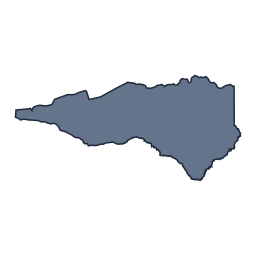 Riachão das Neves, Bahia, Brazil
{"feature_id": "56859067B88902373095284", "entity_name": "Riachão das Neves", "entity_type": "district", "adm_level": 2, "iso_a3": "BRA", "parent_name": "Brazil", "parent_adm1": "Bahia", "projection": "orthographic", "projection_center": [-45.234, -11.676], "detail": "fine", "context": "isolated", "style": "filled", "palette": "slate", "viewbox_px": 256, "rotation_deg": 0, "n_neighbors": 0, "source": "geoboundaries", "source_scale": "gbopen_adm2", "svg_char_len": 5906}
<svg xmlns="http://www.w3.org/2000/svg" viewBox="0 0 256 256"><path d="M20.2,119.9L20.9,120.0L21.6,119.6L22.5,119.4L24.3,119.3L25.6,119.4L29.0,120.0L30.9,120.1L31.9,120.0L34.7,120.4L38.2,120.5L38.8,120.7L40.4,121.6L41.2,121.9L42.4,121.9L44.4,121.7L46.1,122.3L46.5,122.7L50.4,123.8L51.0,123.9L53.2,123.4L54.1,123.3L54.7,123.5L56.2,124.4L58.1,126.1L59.3,128.3L59.7,129.5L60.1,130.1L60.7,130.4L61.4,130.5L62.7,131.1L64.0,131.2L65.1,131.8L66.0,132.0L66.7,132.2L67.2,132.7L67.7,133.0L68.5,133.3L69.1,133.7L71.6,134.9L74.4,137.0L77.2,137.9L78.3,137.5L79.6,138.2L80.3,138.8L80.8,139.3L82.0,139.7L82.5,140.1L82.8,141.1L83.4,141.8L83.5,142.6L84.0,143.2L84.5,143.6L85.2,143.8L85.7,143.7L86.7,143.8L87.2,143.6L87.8,144.0L88.0,145.4L88.3,145.7L88.7,145.8L90.1,145.6L91.3,145.1L92.7,145.5L94.1,145.5L94.6,145.3L95.0,145.5L95.6,145.6L96.3,145.5L97.6,145.1L98.5,145.0L100.8,144.0L102.0,144.3L103.3,144.2L106.2,142.8L106.7,142.7L107.3,142.8L108.0,142.8L110.9,142.3L113.0,142.2L113.6,142.3L114.0,142.6L116.9,144.0L118.3,144.0L119.4,144.2L120.6,143.9L121.6,143.9L122.0,144.0L123.2,143.8L123.6,143.4L124.1,143.1L124.6,143.2L125.1,143.0L125.6,142.7L126.7,141.6L127.4,141.4L127.4,140.9L128.5,139.7L129.3,139.6L129.9,139.1L130.5,139.0L131.0,138.7L131.3,138.3L131.7,137.9L132.3,138.0L132.8,138.2L133.5,137.3L134.1,137.4L136.4,136.9L136.8,137.3L137.4,137.2L137.9,137.3L138.8,137.9L139.9,138.3L140.9,138.1L141.4,138.3L141.8,138.7L142.9,138.3L143.7,139.1L144.1,139.2L144.6,139.4L144.7,139.9L144.5,140.5L144.1,140.9L145.1,141.2L145.7,141.3L146.1,141.9L146.7,142.0L146.9,142.6L147.8,142.8L148.5,142.6L149.1,143.2L149.6,142.9L149.9,143.2L151.1,143.5L151.3,144.1L151.3,144.9L151.6,145.4L151.6,145.9L151.8,146.6L152.1,146.1L152.5,146.4L153.9,146.5L153.9,147.6L154.6,147.6L155.9,147.7L156.5,148.8L156.6,150.0L157.2,149.9L157.6,149.5L158.5,149.9L159.3,151.6L159.8,151.7L160.1,152.4L160.1,153.6L159.8,154.5L160.1,155.2L160.8,155.6L161.4,155.3L162.1,155.4L163.3,156.0L163.6,155.6L164.1,155.3L165.4,155.7L166.3,155.7L166.7,156.1L168.2,156.1L168.7,155.9L169.2,156.3L169.8,156.2L170.3,155.9L170.8,156.4L171.3,156.2L171.8,156.9L172.4,157.4L173.3,157.9L174.1,157.9L174.8,158.5L175.4,158.7L176.5,159.7L177.1,159.8L178.0,161.5L178.3,162.0L179.0,162.3L179.3,163.0L180.0,163.2L180.3,163.6L180.8,163.6L181.4,163.3L181.9,163.5L182.3,163.9L182.4,165.1L182.7,165.4L182.7,166.1L183.1,166.6L183.7,166.8L183.7,167.5L184.1,168.0L184.5,168.3L184.8,168.9L185.2,169.3L185.5,170.5L185.9,170.8L186.6,171.6L187.0,172.2L187.0,173.1L187.8,174.2L188.8,175.0L188.8,175.7L189.4,176.0L190.0,175.9L190.3,176.4L191.2,178.7L191.8,178.9L192.2,179.3L193.2,179.0L193.5,179.3L194.1,179.2L194.7,179.7L195.1,179.5L195.6,179.6L195.9,179.2L196.1,179.7L196.7,179.8L197.1,179.6L197.6,179.8L198.2,179.2L198.8,179.6L199.3,180.2L200.1,180.5L200.8,179.5L201.0,179.0L201.6,179.4L202.0,179.0L201.7,178.5L202.3,178.3L202.6,177.3L202.8,176.9L203.3,176.6L203.7,176.5L204.1,175.9L204.5,175.1L204.4,174.6L204.0,174.2L204.4,174.0L204.9,173.8L204.9,173.2L205.2,172.8L204.6,172.3L204.7,171.6L205.4,171.7L205.7,171.1L205.7,170.6L206.3,170.7L206.2,170.2L205.7,169.9L206.1,169.4L207.2,169.1L208.4,169.0L208.3,168.2L208.7,168.2L209.2,168.4L209.1,167.1L209.8,167.1L210.4,167.3L210.5,166.9L210.1,166.3L210.7,166.1L211.7,166.5L211.2,165.4L211.4,164.9L212.0,164.5L212.1,164.0L211.9,163.4L212.2,162.7L211.9,161.9L212.5,161.7L213.1,161.2L213.9,160.9L213.5,160.1L215.4,159.4L216.5,159.2L216.9,159.4L218.0,159.1L219.1,159.1L219.5,158.6L219.9,159.3L220.3,158.8L221.5,158.2L221.5,158.7L222.0,158.6L222.3,158.1L222.8,157.6L223.5,157.6L223.9,157.1L224.1,156.5L224.3,156.1L225.6,155.9L225.9,155.3L226.4,154.9L227.3,154.7L227.3,154.2L227.5,153.7L227.5,152.4L227.8,151.8L228.6,151.5L230.0,150.8L230.0,150.3L229.3,149.6L229.1,149.2L229.6,148.9L230.2,149.2L231.1,150.2L231.2,149.4L231.5,148.7L232.1,148.6L232.7,148.9L233.4,149.0L233.9,148.8L233.9,148.1L234.7,147.6L234.7,147.0L234.1,146.1L233.9,145.4L234.6,144.3L234.9,143.6L235.0,142.6L235.3,142.0L235.9,141.8L236.4,141.5L236.6,141.0L237.3,140.8L237.8,140.3L237.6,139.0L238.7,137.7L238.2,137.4L238.3,136.8L240.5,136.1L240.4,135.5L240.0,135.0L239.8,134.6L240.4,134.1L240.6,133.3L239.7,132.3L239.1,130.4L238.6,129.9L237.9,129.8L237.7,129.4L238.1,128.7L237.4,128.5L236.8,128.4L236.4,127.8L236.2,127.0L235.5,125.7L234.2,125.5L234.1,87.1L234.0,86.2L233.3,86.4L232.8,86.4L232.6,86.0L232.2,85.7L231.5,85.3L230.7,84.7L230.1,84.5L228.0,85.1L226.7,85.3L224.6,86.2L223.2,87.0L222.8,87.5L222.2,87.9L221.2,88.3L218.5,88.0L217.7,87.5L217.1,86.7L216.8,85.7L216.2,84.7L214.4,82.9L213.8,82.6L213.3,82.5L212.7,82.7L212.2,83.0L211.7,83.0L210.5,82.4L209.5,81.2L209.0,80.8L208.9,80.0L207.8,78.3L206.1,76.9L205.4,76.6L204.8,77.0L203.1,77.7L202.6,77.6L201.5,77.0L200.7,77.1L199.9,77.6L199.4,77.6L198.9,77.2L198.1,76.9L197.5,76.5L196.0,75.9L195.3,75.9L194.8,75.5L194.4,75.7L194.1,76.2L193.1,77.0L192.3,77.2L191.7,78.0L191.1,79.2L191.1,81.4L190.8,81.8L189.6,82.8L189.0,82.6L188.5,82.0L187.7,80.0L187.1,79.0L186.4,79.2L185.0,79.4L183.5,78.8L182.1,78.8L181.5,78.9L180.8,79.8L180.2,80.4L180.0,81.0L179.8,82.6L179.4,83.0L178.7,83.1L178.3,83.4L178.2,83.9L177.9,84.4L176.9,85.0L175.6,85.2L175.0,85.0L173.7,83.9L171.9,84.5L168.9,84.6L167.9,84.7L166.4,85.1L165.3,85.7L164.9,86.0L164.5,86.6L162.5,84.8L161.8,84.5L161.1,84.5L159.6,85.2L158.0,85.2L156.8,85.5L156.3,85.8L155.8,86.7L155.3,87.1L154.0,87.1L153.6,87.4L151.8,88.0L151.4,88.0L150.7,88.4L149.4,88.1L146.5,88.1L145.8,86.0L143.3,84.5L142.8,84.8L141.5,84.6L140.6,84.1L139.5,84.0L137.4,84.3L136.2,84.3L135.6,84.2L134.8,83.3L127.5,82.3L125.8,83.4L117.3,87.6L100.6,96.9L89.1,99.5L86.5,91.5L86.0,90.8L85.2,90.6L78.5,92.6L75.5,94.2L72.5,94.7L67.7,94.6L55.0,99.2L54.5,99.6L52.2,104.0L51.8,104.5L51.2,104.8L45.7,106.0L40.8,105.3L38.2,105.4L33.9,107.0L33.4,107.3L33.1,107.7L32.0,110.6L30.4,108.3L29.0,108.8L16.0,110.0L15.6,116.1L15.4,117.2L16.6,117.5L18.7,118.7L19.2,118.8L19.6,119.0L20.2,119.9Z" fill="#64748b" stroke="#1e293b" stroke-width="1.5"/></svg>